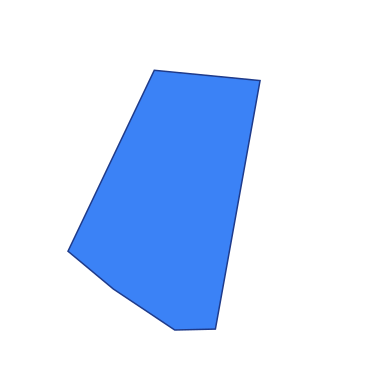 the border of Vacoas-Phoenix, rotated 313°
{"feature_id": "MUS-5196", "entity_name": "Vacoas-Phoenix", "entity_type": "City", "adm_level": 1, "iso_a3": "MUS", "parent_name": "Mauritius", "parent_adm1": "", "projection": "robinson", "projection_center": [57.481, -20.303], "detail": "fine", "context": "isolated", "style": "filled", "palette": "blue", "viewbox_px": 384, "rotation_deg": 313, "n_neighbors": 0, "source": "natural_earth", "source_scale": "10m", "svg_char_len": 263}
<svg xmlns="http://www.w3.org/2000/svg" viewBox="0 0 384 384"><g transform="rotate(313 192 192)"><path d="M107.7,302.6L79.3,273.5L67.4,200.7L64.1,141.7L255.3,81.4L319.9,165.8L152.1,274.0L107.7,302.6Z" fill="#3b82f6" stroke="#1e3a8a" stroke-width="1.5"/></g></svg>